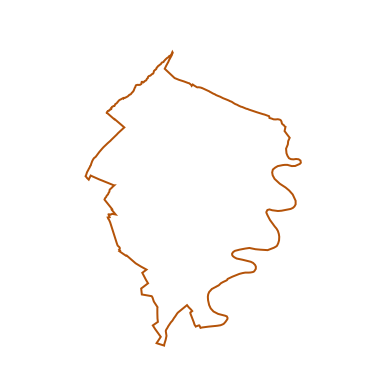 the district of Ungheni, Iasi, Romania, rotated 56°
{"feature_id": "2599482B66095426553968", "entity_name": "Ungheni", "entity_type": "district", "adm_level": 2, "iso_a3": "ROU", "parent_name": "Romania", "parent_adm1": "Iasi", "projection": "orthographic", "projection_center": [27.721, 47.204], "detail": "fine", "context": "isolated", "style": "outline", "palette": "amber", "viewbox_px": 384, "rotation_deg": 56, "n_neighbors": 0, "source": "geoboundaries", "source_scale": "gbopen_adm2", "svg_char_len": 5864}
<svg xmlns="http://www.w3.org/2000/svg" viewBox="0 0 384 384"><g transform="rotate(56 192 192)"><path d="M201.7,80.7L197.1,81.0L194.5,81.1L193.3,81.2L192.1,80.0L190.3,78.1L189.9,78.4L188.0,78.5L186.4,79.1L185.4,79.1L183.5,78.4L182.5,78.3L181.8,78.4L181.1,78.8L179.7,80.1L179.4,80.6L178.6,82.1L178.1,82.8L177.3,83.8L175.4,85.1L174.0,86.4L173.5,86.2L173.2,86.0L172.3,85.7L168.3,88.6L167.2,89.6L162.2,93.6L155.4,98.8L154.1,99.6L153.5,100.3L149.5,102.9L149.2,103.2L148.8,103.6L146.4,105.1L145.1,105.7L143.2,107.0L141.7,107.7L139.7,108.5L138.4,109.3L137.5,110.0L136.9,110.2L134.5,111.8L132.9,112.9L131.6,113.8L128.7,115.4L127.0,116.6L125.0,117.9L123.6,118.5L122.5,119.3L119.7,120.7L119.1,121.1L118.4,121.3L111.3,125.6L111.2,125.8L110.5,126.2L109.6,127.1L108.9,127.9L108.2,129.1L107.7,129.4L104.9,130.7L103.3,131.3L103.8,132.9L102.7,132.8L100.3,133.5L99.7,134.1L95.9,136.8L91.7,140.1L87.8,142.7L74.6,145.7L73.9,144.5L72.8,142.6L70.8,138.7L70.5,138.3L69.9,137.4L69.0,135.6L67.9,133.5L67.3,132.3L66.3,131.0L65.8,130.1L65.0,130.0L66.2,131.8L66.5,132.1L66.5,132.6L66.9,133.1L66.9,134.1L66.6,134.5L66.6,135.0L67.1,136.4L67.0,136.9L67.0,138.0L67.4,140.4L67.6,140.9L67.8,142.0L68.2,142.7L68.3,143.0L68.2,143.4L67.9,144.2L67.9,144.7L68.1,145.4L68.4,146.0L68.5,146.3L68.5,146.6L68.6,146.9L68.5,147.2L68.5,148.0L68.7,148.5L68.6,149.4L68.6,149.6L68.9,150.3L69.2,151.8L69.7,152.3L69.8,152.7L70.1,153.0L70.2,154.8L70.4,155.8L71.7,157.3L72.0,157.8L72.1,158.2L71.9,159.1L72.0,159.7L72.0,160.2L72.2,161.0L72.2,161.6L71.9,162.4L71.8,162.7L71.9,163.6L72.0,164.0L72.2,164.4L72.6,164.7L72.9,165.0L72.9,165.9L73.1,166.4L73.5,166.9L73.7,167.5L73.8,167.6L73.7,168.2L73.6,169.4L73.8,169.7L73.9,170.2L73.8,170.5L73.9,171.1L72.7,171.8L72.6,172.1L72.7,172.3L73.0,172.5L73.2,172.8L73.6,173.0L74.0,173.4L74.1,173.8L74.1,174.8L74.0,175.3L73.8,175.7L73.4,176.2L73.2,176.7L72.7,177.2L72.4,177.9L72.2,178.9L73.0,180.0L73.4,180.5L73.5,181.0L73.8,181.4L75.0,183.2L75.4,183.6L75.7,184.8L75.8,185.1L76.0,185.3L76.1,186.4L76.6,187.7L76.7,188.5L76.6,188.8L76.5,189.0L76.4,189.4L76.5,189.8L76.5,190.3L76.6,190.5L76.8,191.7L76.7,192.6L76.7,193.5L76.5,194.0L76.4,194.5L76.5,195.3L76.3,195.6L75.9,195.8L75.7,196.2L75.7,196.5L76.0,196.8L75.6,197.0L75.5,198.2L75.5,198.5L75.3,199.8L75.2,200.7L75.3,201.5L75.5,202.3L75.7,202.6L75.8,203.5L76.1,204.0L76.3,205.0L76.3,205.6L76.2,206.3L76.5,206.7L76.9,207.6L77.0,207.8L77.2,208.0L77.3,208.2L77.1,208.5L76.9,208.8L76.8,209.1L76.9,209.4L76.8,209.9L76.8,210.3L76.7,210.7L77.0,211.3L77.1,211.9L77.5,211.9L78.1,212.6L77.9,213.1L77.8,213.3L78.0,213.6L77.8,214.1L78.0,214.4L78.0,214.6L77.9,214.9L78.2,215.4L77.8,216.5L78.0,216.7L78.1,217.5L78.3,217.6L78.4,217.8L78.7,218.5L78.8,218.5L79.0,218.2L88.4,215.7L88.3,215.4L97.3,212.9L100.6,212.0L101.5,218.1L101.9,220.6L102.3,222.2L102.8,225.0L103.4,228.4L103.7,230.1L103.9,230.8L104.4,234.7L105.4,240.5L105.9,242.5L107.0,246.5L109.0,252.2L109.1,254.2L109.4,255.0L109.6,255.6L110.3,256.9L110.8,257.8L111.2,258.3L112.5,260.1L113.4,261.1L113.5,261.5L113.6,262.1L113.9,262.4L114.5,263.2L114.7,263.7L114.8,264.1L115.1,264.6L115.8,265.8L116.4,267.0L117.0,268.1L118.6,270.1L119.4,271.4L120.7,271.2L121.6,271.2L124.0,270.7L121.7,266.8L123.7,265.6L129.8,261.8L132.4,260.0L134.2,258.8L137.6,256.5L142.1,253.5L142.8,253.0L143.0,252.7L143.3,254.7L143.7,256.7L144.0,258.8L144.3,259.2L145.3,260.1L145.8,260.8L146.1,261.7L147.0,263.0L147.3,264.5L147.6,265.2L148.1,265.9L148.2,266.2L148.4,267.1L148.5,267.4L148.7,267.8L149.0,268.3L149.4,268.8L161.7,267.8L161.8,268.5L167.9,267.9L165.4,270.5L165.4,271.4L165.2,271.8L164.2,273.2L164.8,273.3L164.5,273.9L166.8,274.4L166.0,276.1L167.4,276.4L168.4,276.3L171.3,276.8L183.9,280.5L192.4,283.0L194.8,283.6L195.4,283.5L196.5,283.2L197.1,283.1L197.7,283.1L198.3,283.3L198.7,283.8L199.0,284.3L199.1,284.7L200.4,284.4L200.5,284.6L200.5,285.3L204.9,283.6L208.1,282.3L208.1,281.7L219.6,278.6L225.1,276.1L230.9,273.1L231.2,278.4L239.1,279.3L243.1,279.5L243.6,288.1L248.9,290.9L250.9,288.8L255.8,283.7L256.3,283.7L257.2,283.7L261.5,284.9L268.2,285.0L268.3,285.2L268.8,285.6L273.1,288.5L277.5,291.3L280.6,292.9L280.7,299.1L284.9,299.2L294.6,298.9L296.6,303.7L297.4,305.7L297.5,305.9L299.2,304.6L303.7,301.0L302.7,300.1L299.9,296.6L297.5,294.1L297.0,293.6L292.8,291.6L292.3,291.2L291.7,290.3L290.7,288.0L290.1,287.0L289.7,286.0L288.2,282.3L288.0,281.4L287.7,280.2L286.4,277.3L285.9,275.8L284.4,272.2L284.1,271.1L283.0,259.4L285.8,259.2L288.7,258.6L290.8,258.4L291.0,260.7L291.2,261.0L292.4,261.4L300.7,263.3L303.5,264.1L305.7,264.1L305.7,263.6L306.5,260.7L306.8,260.5L309.4,260.9L309.9,259.5L312.9,253.5L316.9,246.1L318.4,242.9L318.9,240.6L319.0,239.3L318.4,236.9L317.6,234.8L317.0,233.5L316.1,232.9L314.6,232.7L313.1,233.7L307.7,238.5L303.1,241.0L299.0,241.6L295.3,241.0L290.7,239.2L287.8,237.5L285.9,235.8L284.5,233.7L283.5,229.8L284.3,221.8L283.8,219.1L284.0,216.7L284.6,212.8L284.5,211.9L284.0,211.1L284.8,205.8L286.4,198.5L287.5,195.4L288.6,192.9L291.2,189.0L292.2,186.8L292.6,185.5L292.3,184.1L291.7,182.8L291.4,182.1L289.6,180.8L287.7,180.5L285.0,181.0L282.7,182.3L276.4,188.0L272.1,192.2L269.8,193.4L268.0,194.0L266.6,193.9L265.5,193.2L264.8,191.4L264.8,189.3L266.4,184.8L268.8,179.2L270.5,175.7L275.0,171.3L278.1,167.5L282.5,161.8L284.0,155.3L284.2,153.0L284.1,151.6L282.7,149.2L280.8,146.9L277.9,144.7L275.4,143.5L272.4,142.6L269.6,142.4L266.9,142.7L258.8,143.0L253.5,142.4L250.7,141.9L250.0,141.3L249.1,139.5L249.8,137.5L252.0,135.7L255.8,131.4L257.6,128.2L261.2,119.7L261.6,117.3L261.3,115.2L260.2,113.0L257.2,111.0L250.4,109.9L245.1,110.6L240.6,111.9L234.2,114.6L227.3,116.2L223.3,115.8L220.6,114.6L218.6,112.4L218.3,109.4L218.5,106.4L220.4,101.8L221.5,99.7L222.9,97.7L226.2,94.9L228.1,92.0L229.0,86.9L228.6,85.4L226.6,84.5L224.5,85.3L222.8,87.3L221.7,89.6L220.1,91.6L218.2,92.7L215.4,92.6L212.7,92.0L208.7,89.8L206.2,86.0L203.6,83.8L201.7,80.7Z" fill="none" stroke="#b45309" stroke-width="2"/></g></svg>